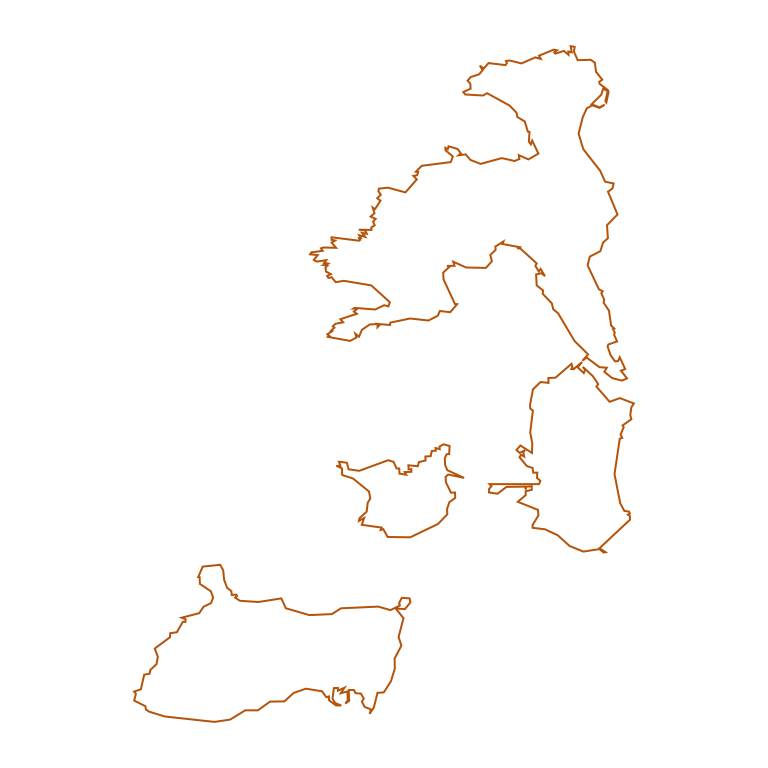 outline of Giske nor, Norway
{"feature_id": "86288312B39553824960786", "entity_name": "Giske nor", "entity_type": "district", "adm_level": 2, "iso_a3": "NOR", "parent_name": "Norway", "parent_adm1": "", "projection": "albers", "projection_center": [6.074, 62.527], "detail": "fine", "context": "isolated", "style": "outline", "palette": "amber", "viewbox_px": 768, "rotation_deg": 0, "n_neighbors": 0, "source": "geoboundaries", "source_scale": "gbopen_adm2", "svg_char_len": 6061}
<svg xmlns="http://www.w3.org/2000/svg" viewBox="0 0 768 768"><path d="M574.7,46.9L570.7,46.1L571.7,52.4L568.4,51.5L568.5,54.8L563.9,50.9L555.4,53.6L554.2,52.4L557.0,50.3L553.8,49.6L539.0,55.7L540.8,58.9L535.3,57.4L521.5,63.4L509.5,60.5L506.0,61.0L506.9,63.2L505.5,65.1L488.5,63.1L483.8,68.5L479.8,65.7L482.7,70.0L479.2,74.3L470.8,77.0L467.6,80.7L470.3,83.6L470.6,88.7L463.3,92.0L465.2,94.5L483.0,95.5L487.1,93.2L509.6,105.6L516.6,112.8L517.3,117.0L524.8,121.5L527.8,131.5L529.5,131.9L528.9,141.6L530.8,144.4L532.2,140.6L538.4,153.6L528.4,159.4L518.8,155.2L519.4,159.0L514.6,161.0L501.8,158.1L480.6,163.9L470.4,159.9L465.7,154.4L458.6,155.3L460.8,153.4L457.7,149.0L448.6,146.3L447.8,149.2L445.4,147.8L445.5,150.3L452.9,156.5L450.7,162.1L421.7,165.8L415.9,171.7L418.2,172.0L417.1,175.2L413.4,175.9L416.8,179.4L405.4,192.4L388.2,187.7L378.9,188.6L378.4,191.3L380.8,194.7L377.2,198.2L380.5,200.7L375.0,209.1L372.7,207.6L374.5,213.3L370.6,216.6L375.6,218.9L373.1,221.6L374.7,225.3L371.3,227.4L371.5,229.9L358.7,229.7L365.3,230.5L366.8,233.8L362.1,232.9L365.2,236.9L359.2,235.2L360.9,238.2L359.0,238.2L360.1,239.9L359.1,240.7L331.6,237.3L331.5,239.8L335.1,240.5L331.6,242.7L336.1,247.8L323.3,247.5L321.0,248.3L322.7,250.8L311.3,252.4L310.1,254.3L317.7,255.1L313.8,259.9L316.6,261.6L326.2,260.2L324.1,262.9L327.5,263.5L323.7,265.0L327.5,265.5L325.4,267.5L326.1,271.6L330.8,274.1L327.1,276.0L328.5,278.0L331.7,277.2L335.7,282.2L343.8,280.8L371.3,285.4L389.8,302.2L388.4,306.4L384.2,305.2L375.2,309.5L354.5,307.9L353.4,308.6L357.4,308.6L353.9,311.6L356.9,313.8L340.4,319.2L343.1,322.3L335.5,323.8L332.8,326.3L334.4,327.7L331.0,330.8L332.1,331.2L327.4,334.2L331.0,337.4L326.7,336.7L350.1,340.9L356.5,337.5L355.3,333.7L359.0,336.7L361.9,329.8L369.7,324.5L377.5,324.0L377.5,327.2L379.6,324.9L378.3,324.0L390.0,325.0L390.4,322.6L410.1,318.5L428.5,320.5L437.7,315.8L439.9,311.0L450.2,312.2L457.1,304.2L454.9,304.0L443.5,279.2L443.2,272.6L449.3,267.0L447.1,265.9L454.5,265.8L453.2,261.7L466.1,267.5L485.9,267.9L491.9,261.3L490.3,255.0L495.6,249.9L495.4,246.5L503.4,241.5L502.4,244.0L519.6,247.2L517.4,248.6L520.1,248.3L536.7,263.4L535.4,265.9L538.8,271.5L540.6,268.9L545.0,276.2L541.4,273.2L536.1,274.5L536.7,285.4L543.1,290.5L542.7,293.8L551.8,303.3L553.3,309.3L558.1,313.3L574.6,341.1L588.1,354.4L582.4,360.8L586.6,357.5L599.5,367.2L606.8,367.7L604.4,371.9L612.2,378.1L621.9,380.6L627.0,378.4L621.0,370.7L625.2,369.0L619.7,357.3L618.1,361.1L615.0,361.3L610.6,355.2L607.6,346.5L608.3,344.5L617.1,341.4L614.1,334.8L614.8,332.7L613.0,329.1L614.3,328.6L611.1,325.5L609.0,310.7L603.6,302.6L604.2,299.7L601.3,293.2L602.7,291.2L599.0,289.4L587.6,265.4L589.8,256.6L600.3,251.2L603.1,242.6L607.9,238.2L607.0,225.2L617.5,214.5L608.0,191.7L612.5,188.4L613.6,183.5L605.1,181.7L600.2,170.8L583.3,149.2L578.6,133.6L582.8,117.0L586.8,108.4L592.3,105.3L599.6,107.9L603.6,105.5L604.5,104.6L599.7,107.4L591.6,104.3L601.2,94.8L603.2,88.8L607.7,91.1L605.4,101.2L606.3,102.5L608.6,92.0L607.9,90.1L599.6,83.9L599.2,81.8L602.3,79.7L596.0,71.8L594.9,62.7L590.7,59.8L577.7,60.2L573.9,51.5L574.7,46.9ZM220.2,564.8L202.7,566.6L198.2,577.1L199.6,577.2L199.9,583.9L210.9,591.3L213.1,597.6L211.0,603.1L203.5,606.8L199.2,613.2L181.6,617.7L185.6,619.3L185.4,621.9L182.8,621.8L176.9,632.2L170.2,633.2L170.0,637.2L154.8,648.5L157.8,656.7L156.6,664.0L150.3,670.0L149.6,673.7L144.2,674.7L140.9,689.3L134.1,691.6L135.9,693.7L134.2,700.6L145.4,706.2L145.9,709.5L149.2,711.7L164.9,716.5L214.5,721.9L230.1,719.6L245.3,710.3L257.9,710.3L270.1,701.6L284.4,701.4L293.7,692.9L305.9,688.7L322.1,691.3L326.3,697.2L329.0,696.4L329.1,700.4L336.0,705.4L341.3,705.5L335.2,703.1L332.5,698.7L333.9,688.1L337.9,687.9L338.0,690.6L344.5,687.7L340.8,693.2L347.4,691.5L347.8,700.1L345.3,703.6L349.2,700.8L348.7,690.1L353.9,690.0L355.5,693.2L360.9,693.6L363.8,698.6L361.9,701.6L364.6,706.9L371.0,709.4L369.6,713.9L373.8,707.6L377.5,692.8L383.8,692.4L391.0,681.2L394.8,668.6L394.6,658.5L401.4,645.7L398.6,637.0L403.5,618.2L395.7,608.5L404.9,609.1L410.4,602.4L409.6,598.4L401.8,597.8L399.1,603.0L399.9,605.6L390.4,610.1L378.3,606.6L341.0,608.3L331.9,614.1L309.3,615.1L285.9,608.3L281.3,598.4L258.4,602.0L239.9,600.8L235.1,597.6L237.1,596.0L236.2,594.6L231.8,595.0L231.3,591.1L227.1,587.8L224.1,579.7L223.2,570.3L220.2,564.8ZM583.8,373.1L577.6,367.3L582.1,362.0L573.4,369.3L571.3,369.0L572.4,367.5L571.5,363.8L555.5,377.7L548.4,378.0L548.5,382.9L540.6,382.0L533.0,389.3L530.0,405.0L530.3,408.6L532.9,410.6L530.2,432.5L532.3,443.3L532.0,453.0L520.4,445.5L516.5,450.0L519.6,452.9L525.1,450.2L523.2,452.2L524.2,456.5L521.0,454.8L519.5,457.3L527.0,466.2L532.6,467.9L533.2,472.7L537.3,472.7L537.0,477.9L540.4,480.9L539.0,484.1L489.5,484.1L491.5,486.1L489.1,488.9L489.0,492.5L497.5,493.7L506.5,486.9L524.9,486.6L525.9,489.6L525.8,486.7L531.7,486.3L531.7,489.9L525.7,491.2L525.6,495.2L517.8,501.8L538.0,509.9L538.4,515.5L532.6,524.9L532.6,527.8L545.0,529.3L557.8,535.3L569.6,546.0L583.4,551.6L599.4,549.1L603.8,552.6L605.6,552.2L599.5,548.2L630.0,519.7L629.8,515.7L627.9,514.7L629.8,513.4L629.0,511.6L624.3,510.9L620.2,503.2L614.5,474.1L619.8,438.6L622.2,437.9L620.6,434.5L623.7,427.2L622.6,425.4L631.4,419.2L630.3,415.2L631.3,407.4L633.9,403.5L619.9,398.1L609.6,401.8L596.4,386.6L598.2,384.2L592.8,376.1L582.9,366.9L585.0,369.9L583.8,373.1ZM449.6,446.0L443.5,444.3L439.6,446.5L439.7,449.2L435.6,448.0L435.8,450.7L431.8,450.9L430.7,456.2L425.4,456.5L425.5,460.5L418.9,462.1L417.8,466.2L408.4,465.3L408.6,469.3L411.3,469.1L411.4,471.8L404.7,472.1L406.2,474.7L399.5,473.7L399.2,468.4L396.6,468.5L393.6,461.9L388.2,460.2L359.3,470.8L348.6,469.3L346.9,462.7L338.9,461.7L340.4,465.7L336.4,465.9L341.9,468.3L342.2,475.0L353.0,478.5L369.0,491.5L370.3,498.5L367.7,502.8L366.7,511.6L359.5,518.2L358.9,520.9L364.1,518.0L361.8,524.8L381.6,527.6L380.7,530.0L383.3,529.2L387.7,537.0L410.3,537.3L438.1,523.9L447.3,514.3L447.1,508.9L449.4,502.1L455.2,497.9L455.0,492.5L451.0,492.7L445.9,482.3L445.6,476.9L448.2,474.5L464.1,477.9L447.3,470.2L445.1,464.9L444.8,458.3L446.6,454.2L449.2,454.1L449.6,446.0Z" fill="none" stroke="#b45309" stroke-width="2"/></svg>